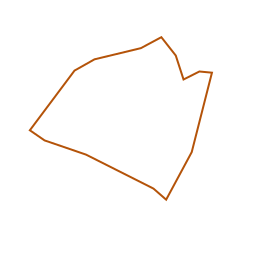 SVG path tracing the border of Western, rotated 345°
{"feature_id": "ASM-5002", "entity_name": "Western", "entity_type": "state/province", "adm_level": 1, "iso_a3": "ASM", "parent_name": "American Samoa", "parent_adm1": "", "projection": "equal_earth", "projection_center": [-170.747, -14.332], "detail": "fine", "context": "isolated", "style": "outline", "palette": "amber", "viewbox_px": 256, "rotation_deg": 345, "n_neighbors": 0, "source": "natural_earth", "source_scale": "10m", "svg_char_len": 333}
<svg xmlns="http://www.w3.org/2000/svg" viewBox="0 0 256 256"><g transform="rotate(345 128 128)"><path d="M223.4,96.3L183.3,167.8L146.3,207.1L136.9,193.1L80.5,142.8L44.2,118.4L32.6,104.8L91.2,58.7L113.4,53.0L161.1,54.2L183.7,48.9L192.9,70.4L194.2,95.5L211.6,91.9L223.4,96.3Z" fill="none" stroke="#b45309" stroke-width="2"/></g></svg>